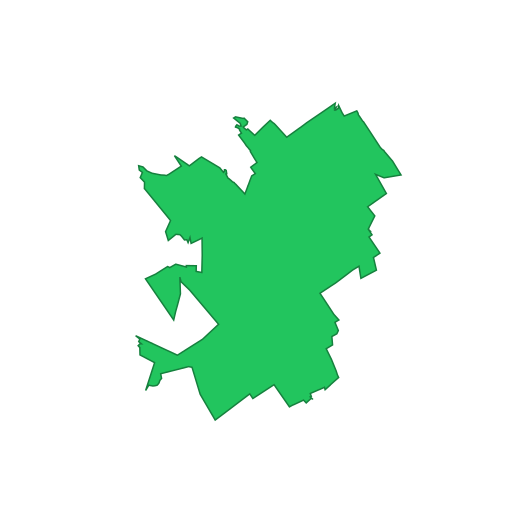 General Cepeda, Coahuila, Mexico (Albers equal-area conic projection), rotated 228°
{"feature_id": "50627088B43418129703441", "entity_name": "General Cepeda", "entity_type": "district", "adm_level": 2, "iso_a3": "MEX", "parent_name": "Mexico", "parent_adm1": "Coahuila", "projection": "albers", "projection_center": [-101.488, 25.544], "detail": "fine", "context": "isolated", "style": "filled", "palette": "green", "viewbox_px": 512, "rotation_deg": 228, "n_neighbors": 0, "source": "geoboundaries", "source_scale": "gbopen_adm2", "svg_char_len": 4039}
<svg xmlns="http://www.w3.org/2000/svg" viewBox="0 0 512 512"><g transform="rotate(228 256 256)"><path d="M345.7,288.1L366.1,281.8L366.6,278.9L367.6,266.8L381.4,263.5L385.1,262.5L372.8,260.6L374.0,252.6L374.1,252.1L375.0,246.1L375.7,243.3L377.3,242.1L379.9,239.5L387.1,234.1L389.6,233.0L392.1,231.9L397.8,231.6L401.6,229.2L398.0,226.8L394.1,227.5L391.7,222.4L385.5,222.6L380.7,218.1L380.1,218.2L346.5,216.6L339.5,216.2L334.6,205.1L330.7,203.3L326.2,201.2L325.7,211.0L323.1,213.4L322.6,213.8L321.8,213.8L320.5,213.9L315.8,213.6L314.4,215.5L311.4,214.5L313.9,219.3L308.8,216.2L306.3,224.7L305.4,227.9L305.2,227.7L292.5,216.5L280.0,204.7L284.6,201.2L288.7,205.1L295.5,197.8L294.4,196.9L303.6,190.9L305.1,184.1L305.4,184.1L306.7,183.5L307.3,183.3L308.6,175.9L309.7,169.3L313.0,158.6L263.5,152.0L268.6,159.3L272.0,164.7L278.4,174.5L291.3,185.3L287.1,183.1L275.1,183.9L230.3,182.5L229.9,160.6L234.9,131.2L277.3,113.2L272.0,114.1L270.8,111.5L267.4,112.1L268.4,110.9L268.2,108.4L265.7,108.4L260.1,103.6L244.6,109.3L229.9,84.0L231.7,89.8L230.1,91.1L228.4,92.4L227.3,93.9L226.5,95.3L226.1,96.3L226.5,98.8L227.9,101.4L228.2,103.9L232.3,106.4L218.9,131.9L216.1,134.0L190.6,122.0L161.4,115.9L160.2,129.4L157.7,159.1L152.2,158.3L150.7,167.8L148.7,180.7L148.3,183.3L145.8,183.0L145.2,182.9L121.5,179.9L120.6,183.9L120.4,184.1L118.3,190.9L117.1,194.9L113.2,195.0L113.3,202.0L111.6,202.2L111.4,202.2L111.8,202.3L113.7,202.1L115.0,202.0L114.7,203.2L117.5,204.3L117.1,205.6L116.4,207.7L115.2,211.3L114.8,212.5L114.5,213.4L114.2,214.0L113.7,215.7L112.7,218.6L112.6,219.0L110.4,217.9L110.4,223.0L110.4,223.5L110.4,223.9L110.4,224.4L110.4,224.8L110.5,225.2L110.5,226.2L110.5,226.6L110.5,227.0L110.5,227.4L110.5,227.9L110.5,228.3L110.5,230.6L110.4,236.1L113.3,237.0L116.8,238.6L128.7,242.9L140.1,246.1L138.7,253.4L145.4,258.5L144.1,264.0L145.5,267.3L153.9,270.3L153.0,274.8L160.5,274.8L177.4,277.4L185.5,278.6L183.7,290.7L182.8,296.4L182.6,298.0L181.6,309.6L180.9,318.5L180.5,320.6L179.5,325.7L169.2,319.0L164.9,336.0L176.3,342.3L175.2,350.0L194.5,352.7L194.1,356.4L198.9,357.1L198.5,357.5L199.3,357.4L199.5,357.2L200.8,357.4L200.7,357.9L201.2,358.2L206.3,371.1L210.5,371.4L212.4,371.5L217.9,371.9L216.9,380.4L215.2,394.7L236.7,399.5L228.4,403.5L219.2,418.0L226.8,419.4L235.2,421.0L236.6,421.0L246.1,421.3L247.4,421.3L248.9,421.6L250.8,421.1L253.5,421.0L272.0,423.9L280.6,425.2L282.6,425.5L283.8,425.7L284.9,425.5L285.4,425.6L287.4,425.9L288.0,426.0L289.1,426.1L289.3,426.2L292.0,426.5L292.8,426.7L293.8,427.4L296.4,428.0L301.0,415.2L304.7,415.8L312.5,418.1L310.7,416.0L311.1,412.8L311.7,412.2L312.9,415.3L313.3,413.2L314.5,414.5L316.5,417.1L318.7,400.5L321.0,383.6L321.1,382.9L321.5,378.0L321.6,377.4L321.6,376.8L321.7,376.3L321.7,375.8L322.0,373.6L322.1,372.8L322.2,371.8L322.9,365.4L323.7,358.3L340.7,358.2L342.4,358.1L343.5,357.8L345.6,357.5L347.3,357.4L347.1,347.6L346.5,335.8L355.9,334.9L356.1,333.5L356.2,333.2L359.1,332.8L360.4,332.9L359.9,337.3L360.5,338.3L361.3,339.7L366.4,339.4L366.8,338.5L373.1,333.9L373.5,331.7L365.3,333.0L364.0,332.5L362.6,331.9L363.3,330.9L363.6,330.5L364.7,330.2L365.7,329.8L366.3,329.6L366.2,328.9L366.1,328.4L366.1,328.1L365.8,327.3L365.5,327.0L364.9,327.4L363.6,328.1L362.8,328.3L362.7,328.3L361.2,328.7L360.7,328.1L358.7,327.7L357.0,327.4L357.3,325.5L357.5,324.0L352.1,323.5L347.6,323.1L344.5,322.6L343.8,322.6L341.6,322.6L340.8,322.5L339.0,322.4L338.2,322.6L337.8,322.0L337.4,321.7L328.9,320.0L324.8,319.3L325.5,311.5L324.5,311.3L320.7,310.9L319.8,310.8L318.6,310.7L317.7,310.6L318.4,306.4L317.4,304.5L316.0,301.7L315.8,301.4L315.4,300.6L314.1,298.2L313.9,297.7L313.6,297.0L313.1,296.2L313.0,295.9L312.3,294.7L311.8,293.7L309.5,289.2L311.5,289.2L312.0,289.2L320.5,289.0L321.3,289.0L321.5,289.0L322.8,289.0L323.1,288.9L324.5,288.8L325.2,288.9L326.5,288.3L327.0,288.1L328.1,288.1L328.8,288.0L331.7,287.6L332.5,287.3L337.1,288.5L336.7,289.3L337.2,289.6L337.8,290.0L339.5,291.1L340.3,291.0L340.6,290.9L341.2,290.3L340.0,288.8L339.9,287.8L340.3,287.8L345.7,288.1Z" fill="#22c55e" stroke="#15803d" stroke-width="1.5"/></g></svg>